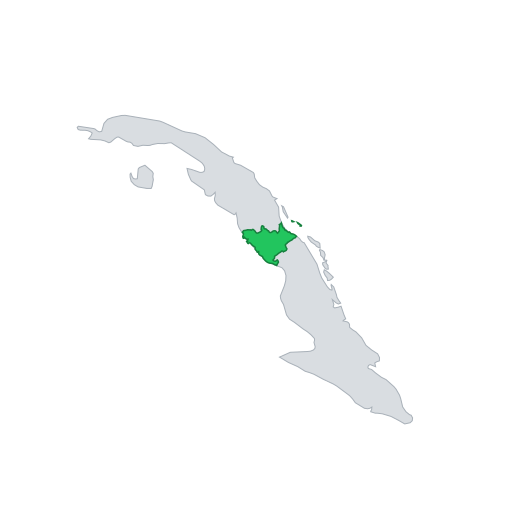 where Sancti Spíritus sits in Cuba, rotated 32°
{"feature_id": "CUB-1322", "entity_name": "Sancti Spíritus", "entity_type": "Province", "adm_level": 1, "iso_a3": "CUB", "parent_name": "Cuba", "parent_adm1": "", "projection": "mercator", "projection_center": [-79.45, 22.111], "detail": "fine", "context": "in_parent", "style": "filled", "palette": "green", "viewbox_px": 512, "rotation_deg": 32, "n_neighbors": 0, "source": "natural_earth", "source_scale": "10m", "svg_char_len": 6734}
<svg xmlns="http://www.w3.org/2000/svg" viewBox="0 0 512 512"><g transform="rotate(32 256 256)"><path d="M160.9,183.9L171.6,186.0L180.3,185.4L184.4,184.2L184.0,185.4L187.8,188.5L189.2,188.7L194.8,187.2L209.5,186.6L211.0,187.4L213.5,190.4L217.3,192.3L221.1,193.7L225.2,194.0L229.2,193.4L233.0,193.7L237.7,196.6L239.2,197.0L243.4,196.2L242.1,198.8L249.3,202.6L254.5,209.9L258.3,212.9L262.3,215.6L265.7,217.4L269.5,218.3L281.0,217.9L283.7,218.1L286.1,219.2L288.4,219.6L289.8,219.2L312.0,230.6L319.0,236.6L323.4,239.8L332.7,244.3L336.4,245.3L338.4,244.7L338.0,243.7L335.3,241.2L334.9,240.3L338.4,241.1L344.7,246.2L346.5,248.1L349.7,249.8L352.8,251.1L351.3,253.1L348.7,253.3L343.8,252.5L347.7,255.8L348.4,258.2L350.2,258.4L353.0,255.7L354.7,253.5L361.7,259.2L365.4,261.8L364.5,263.4L364.2,264.9L368.3,263.5L369.9,263.6L371.5,264.4L373.2,266.9L377.1,267.4L381.0,267.4L389.0,269.4L396.6,273.5L403.8,274.4L411.0,274.5L414.6,276.7L416.2,279.6L414.4,281.7L413.4,283.8L416.1,286.5L410.3,287.6L409.4,289.2L409.7,290.9L410.9,291.9L414.2,291.0L419.1,291.8L426.7,292.4L431.8,291.9L442.2,293.7L445.3,294.7L451.5,298.0L454.3,300.3L460.4,306.3L465.7,308.6L470.3,309.2L471.9,308.8L474.6,310.3L475.8,312.9L475.1,315.7L471.1,319.6L464.6,319.8L455.5,320.5L446.7,322.9L442.4,324.9L440.4,326.1L435.8,327.3L435.5,326.3L435.5,325.0L434.3,322.7L433.3,324.8L431.6,326.4L428.6,327.7L418.0,327.8L413.6,326.0L409.2,324.8L393.2,323.5L389.3,323.6L378.5,324.9L367.7,325.6L363.2,326.5L358.8,327.7L350.1,327.7L339.8,329.1L329.5,329.3L336.1,319.5L350.0,309.9L352.6,307.9L354.5,305.3L354.9,303.3L354.3,301.6L351.0,298.6L350.3,296.4L349.3,295.0L344.5,293.7L339.6,293.0L334.5,292.9L323.7,291.9L317.9,291.8L313.1,289.8L305.0,282.5L301.2,280.5L299.3,278.9L297.8,277.0L295.9,266.4L294.3,261.2L291.8,256.7L288.1,253.4L284.2,252.2L269.2,255.1L265.7,254.7L262.3,253.7L239.7,246.8L230.4,242.9L226.6,241.0L223.3,238.4L220.0,233.9L216.2,230.0L216.2,231.6L215.6,232.6L196.7,233.1L193.7,232.2L191.7,231.1L190.4,229.5L189.4,226.3L187.6,223.6L187.0,226.5L186.0,229.1L183.5,230.6L180.6,230.8L177.1,227.3L161.8,226.6L160.4,226.0L155.4,222.6L151.1,218.3L155.4,216.8L164.2,214.8L166.1,213.5L167.2,211.8L166.4,209.3L164.7,207.4L162.8,206.4L160.8,205.7L158.2,205.4L124.1,204.9L122.1,206.3L119.0,209.1L113.0,212.7L109.0,216.4L107.5,218.3L105.6,219.7L101.4,222.0L97.8,225.6L93.5,227.2L91.1,226.2L88.8,226.2L87.1,227.1L85.3,227.5L76.5,227.9L75.2,228.8L74.0,231.4L72.5,236.3L71.2,237.9L66.8,238.5L62.6,239.9L54.1,244.6L51.9,245.3L52.4,241.8L51.9,238.5L49.6,238.4L46.8,238.9L44.5,239.9L40.3,242.4L38.2,243.0L36.2,241.7L36.6,240.1L50.7,234.0L52.2,233.6L54.7,234.0L57.2,233.8L59.1,232.1L56.8,224.1L57.7,218.7L60.9,214.5L67.5,208.1L70.6,206.0L102.8,192.6L106.1,191.9L127.0,189.2L130.2,188.3L139.9,184.3L150.1,182.7L160.9,183.9ZM131.3,254.3L127.5,256.6L119.4,259.9L115.0,260.0L110.6,258.8L107.6,256.0L105.8,253.3L106.0,252.0L108.7,254.2L111.1,255.3L113.1,254.5L114.4,253.4L110.0,244.6L110.2,242.8L113.7,237.9L123.3,239.4L125.0,240.3L126.4,243.3L128.5,245.7L131.0,252.1L131.3,254.3ZM292.1,211.0L297.7,211.9L301.5,211.2L303.5,211.6L306.2,215.3L303.8,215.7L301.9,215.7L300.5,215.1L295.4,214.9L292.1,213.8L290.3,212.9L289.4,211.8L292.1,211.0ZM331.4,237.5L329.7,238.9L327.9,236.9L325.1,235.9L321.9,233.8L321.2,231.5L323.8,231.4L327.1,231.8L332.8,233.0L332.3,235.6L331.4,237.5ZM316.7,222.8L315.9,223.6L313.7,221.9L310.5,221.2L308.6,218.6L306.8,217.6L306.7,216.7L309.6,216.1L311.7,216.4L314.0,218.3L315.3,221.9L316.7,222.8ZM322.8,229.8L321.4,229.9L317.3,228.1L316.1,226.5L317.6,224.5L317.9,222.2L318.4,222.1L319.1,224.8L322.2,225.9L322.4,226.5L324.3,228.8L322.8,229.8ZM262.6,206.1L262.7,207.2L255.6,204.0L252.5,200.6L251.2,199.8L253.3,199.7L262.6,206.1Z" fill="#d9dde1" stroke="#a8b0b8" stroke-width="1"/><path d="M259.9,214.5L263.0,217.2L264.2,217.7L265.2,217.6L265.7,218.0L266.4,218.5L267.2,218.8L267.5,218.3L267.9,218.3L270.1,218.7L270.9,218.7L271.3,218.4L271.4,218.1L271.5,217.9L272.0,217.9L272.4,218.0L273.1,218.4L273.5,218.5L274.4,218.3L275.9,217.7L276.7,217.6L277.7,217.5L279.9,217.8L279.7,218.4L279.6,219.8L279.3,220.1L279.0,220.4L278.7,220.9L278.3,221.8L278.0,223.3L277.5,224.1L276.9,225.1L276.4,226.1L276.1,227.1L275.5,227.6L275.6,228.8L275.0,230.3L275.0,231.2L275.7,231.7L276.9,232.8L277.8,233.2L278.4,233.5L278.6,234.2L278.6,235.3L278.0,236.4L277.2,237.5L277.0,238.0L276.4,237.8L275.8,237.8L275.3,238.1L275.0,239.0L274.6,240.0L274.0,241.1L273.6,242.1L273.1,243.8L272.2,245.7L271.9,246.4L272.6,247.5L272.9,248.2L272.7,249.4L272.5,250.2L272.8,250.7L274.0,250.7L275.2,250.2L275.6,249.6L275.6,248.9L276.2,248.0L277.2,248.4L278.1,249.1L278.4,249.6L278.3,250.8L278.4,252.1L278.6,253.1L278.1,253.2L277.9,252.9L277.2,253.3L276.4,253.5L274.7,253.5L273.8,253.6L271.7,254.7L270.0,255.2L268.4,255.3L266.7,255.1L263.5,254.2L262.8,253.8L262.0,253.1L261.4,253.0L259.3,253.2L258.5,253.2L257.6,252.9L257.2,252.7L256.8,252.3L256.2,251.3L255.9,250.9L255.7,251.3L255.6,251.7L255.3,252.0L254.9,252.1L254.5,251.8L254.1,251.5L253.8,251.4L252.1,250.9L251.8,250.8L251.5,250.5L251.3,250.1L251.1,249.6L250.8,249.2L250.3,249.0L247.4,248.9L244.6,248.1L243.6,248.1L243.1,248.8L242.8,249.6L242.1,249.5L241.2,249.0L240.3,248.7L240.3,248.4L241.2,248.1L241.2,247.8L240.5,247.6L240.4,247.2L240.4,246.5L240.3,246.0L239.6,246.5L238.9,246.7L238.1,246.7L237.2,246.6L236.4,246.3L235.9,246.2L235.5,246.3L235.4,246.6L235.7,246.9L236.1,247.1L236.4,247.2L235.9,247.7L235.2,247.3L234.5,246.6L234.2,245.8L234.1,244.9L233.8,244.1L233.3,243.5L232.6,243.3L231.9,243.1L232.0,241.3L232.0,241.1L232.2,240.9L232.5,240.6L233.6,239.7L235.1,238.1L236.5,237.4L237.3,236.8L237.6,236.7L238.2,236.8L238.4,236.7L238.5,236.4L238.6,236.1L238.7,235.7L239.1,235.2L239.5,235.0L239.9,235.0L242.3,235.5L242.6,235.7L242.8,235.8L243.4,236.1L244.6,236.2L245.6,235.3L246.4,234.0L247.1,232.7L247.3,231.8L247.3,231.3L247.2,231.0L247.0,230.9L246.8,230.9L246.6,230.9L246.4,230.9L246.1,230.5L245.9,230.0L245.3,228.8L245.1,228.1L245.1,227.6L245.1,227.3L245.6,226.9L246.9,226.9L247.4,227.3L247.6,227.6L247.8,227.9L248.2,228.3L248.6,228.4L249.0,228.4L249.3,228.2L249.9,227.8L250.4,227.8L250.8,227.8L252.5,228.3L253.3,228.0L253.8,228.3L254.2,228.5L254.8,228.8L255.4,228.7L255.8,228.5L256.2,228.2L256.5,227.7L256.8,227.1L257.0,226.5L257.3,225.7L258.0,225.0L258.5,224.7L259.2,224.4L259.7,224.4L260.1,224.5L261.1,225.0L262.2,225.2L262.3,224.4L262.3,223.7L262.4,223.2L262.5,222.6L262.5,222.3L261.3,220.7L260.0,217.9L259.6,217.4L259.1,217.0L259.9,215.6L259.9,214.6L259.9,214.5ZM277.6,207.2L277.4,206.6L276.8,206.4L274.3,206.2L273.9,206.0L273.4,205.7L274.1,205.6L277.9,205.9L278.5,206.2L278.5,206.7L277.6,207.2ZM267.8,207.1L268.1,207.0L269.7,206.9L269.2,207.4L268.5,207.8L268.2,207.8L268.2,207.5L268.1,207.3L267.8,207.1Z" fill="#22c55e" stroke="#15803d" stroke-width="1.5"/></g></svg>